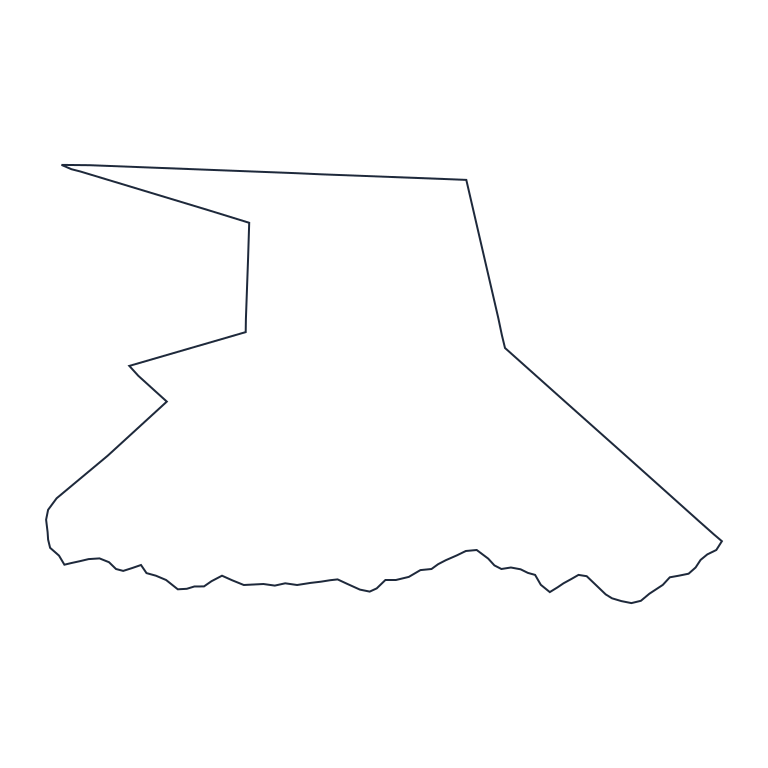 Antas, Bahia, Brazil (Albers equal-area conic projection)
{"feature_id": "56859067B87262199303624", "entity_name": "Antas", "entity_type": "district", "adm_level": 2, "iso_a3": "BRA", "parent_name": "Brazil", "parent_adm1": "Bahia", "projection": "albers", "projection_center": [-38.294, -10.395], "detail": "fine", "context": "isolated", "style": "outline", "palette": "slate", "viewbox_px": 768, "rotation_deg": 0, "n_neighbors": 0, "source": "geoboundaries", "source_scale": "gbopen_adm2", "svg_char_len": 1407}
<svg xmlns="http://www.w3.org/2000/svg" viewBox="0 0 768 768"><path d="M721.9,541.2L714.0,534.5L699.2,521.4L679.1,503.4L624.9,454.9L565.6,402.1L505.0,348.0L501.9,335.2L498.3,318.1L466.3,179.9L446.6,179.1L320.8,174.3L296.6,173.2L89.7,165.2L61.5,164.9L71.4,169.2L80.4,171.5L209.4,210.5L249.2,222.8L248.1,257.8L245.9,319.1L245.7,332.1L129.3,365.9L138.3,375.8L155.4,391.3L166.8,401.6L107.7,455.7L56.6,498.3L48.1,509.8L46.1,519.7L47.6,532.1L48.1,539.6L50.1,547.8L59.0,555.6L64.4,564.7L71.5,563.0L79.8,561.2L88.6,559.1L99.5,558.4L109.0,562.2L116.0,569.0L123.2,570.9L132.0,568.1L141.0,565.0L146.5,573.1L155.9,575.7L166.1,580.0L177.8,589.3L186.8,588.8L194.3,586.5L204.0,586.4L211.5,581.2L222.0,575.7L232.0,580.2L243.8,585.0L253.7,584.5L263.4,584.0L274.8,585.6L285.2,583.3L297.1,585.0L310.6,582.9L320.8,581.7L330.3,580.2L337.6,579.4L347.5,584.0L359.9,589.6L369.7,591.6L376.7,588.4L385.4,580.0L395.9,580.0L408.8,576.9L420.4,570.1L431.5,569.0L438.1,564.2L445.8,560.2L456.8,555.4L465.8,551.0L476.7,550.0L488.2,558.6L494.4,565.4L501.4,569.0L510.9,567.5L520.6,569.3L527.9,572.9L535.1,574.9L540.8,584.8L549.8,592.1L557.6,587.3L563.5,583.3L571.0,579.2L578.5,574.9L586.7,576.2L595.7,584.8L605.7,594.4L612.0,598.3L621.4,601.1L631.4,603.1L640.9,600.8L649.4,593.7L662.8,584.9L669.8,577.3L678.8,575.7L688.6,573.7L695.6,567.5L700.6,559.9L707.3,554.4L716.3,550.0L721.9,541.2Z" fill="none" stroke="#1e293b" stroke-width="2"/></svg>